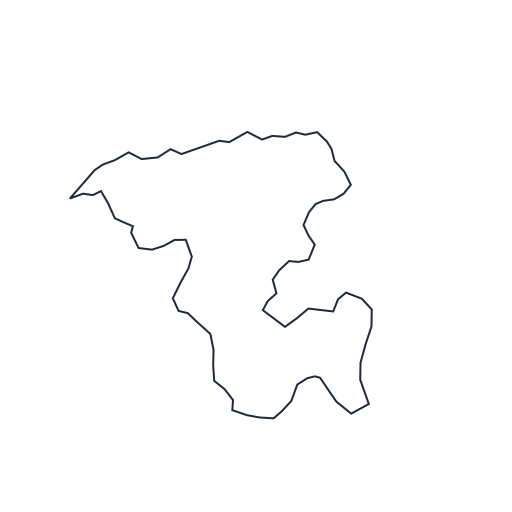 Sunchang-gun, North Jeolla, South Korea (Equal Earth projection), rotated 219°
{"feature_id": "91817680B23901291202395", "entity_name": "Sunchang-gun", "entity_type": "district", "adm_level": 2, "iso_a3": "KOR", "parent_name": "South Korea", "parent_adm1": "North Jeolla", "projection": "equal_earth", "projection_center": [127.087, 35.421], "detail": "fine", "context": "isolated", "style": "outline", "palette": "slate", "viewbox_px": 512, "rotation_deg": 219, "n_neighbors": 0, "source": "geoboundaries", "source_scale": "gbopen_adm2", "svg_char_len": 1279}
<svg xmlns="http://www.w3.org/2000/svg" viewBox="0 0 512 512"><g transform="rotate(219 256 256)"><path d="M261.5,167.7L242.4,166.7L230.0,156.4L220.4,144.0L209.9,132.7L196.5,132.7L183.2,129.6L177.4,121.3L163.1,126.5L151.7,132.7L140.2,140.9L138.3,151.2L137.3,165.6L143.0,182.1L139.2,193.4L134.4,199.6L129.6,201.7L112.4,196.5L101.9,193.4L82.8,193.4L75.2,212.0L97.1,225.4L107.6,238.8L115.3,256.4L121.9,273.9L132.4,287.3L146.8,289.4L163.0,284.2L165.0,273.9L161.1,261.5L182.2,248.1L185.0,233.7L188.9,219.2L216.6,218.2L218.5,228.5L216.6,239.8L228.1,248.1L229.0,259.4L227.1,272.9L219.4,278.0L212.8,286.3L217.5,301.8L228.0,304.9L238.6,310.0L242.4,323.5L242.4,333.8L238.6,341.0L230.9,349.3L227.1,359.6L227.1,371.0L240.5,377.2L254.8,379.3L264.4,386.5L266.1,387.2L273.0,389.6L286.4,390.7L294.0,381.3L302.6,377.2L308.4,366.9L318.9,359.6L324.6,350.3L340.8,347.0L348.5,327.6L357.1,322.4L378.1,288.3L389.6,285.3L394.4,270.8L405.8,259.4L420.2,256.4L425.9,241.9L432.6,230.6L435.4,221.3L436.8,183.5L429.7,195.5L421.1,200.7L417.3,208.9L403.9,203.8L389.5,196.5L380.9,198.6L370.4,201.7L367.6,195.5L352.3,188.3L340.8,195.5L334.1,205.8L329.4,217.2L320.8,224.4L305.5,215.1L300.7,203.8L297.8,187.3L294.0,170.8L281.6,164.6L273.0,168.7L261.5,167.7Z" fill="none" stroke="#1e293b" stroke-width="2"/></g></svg>